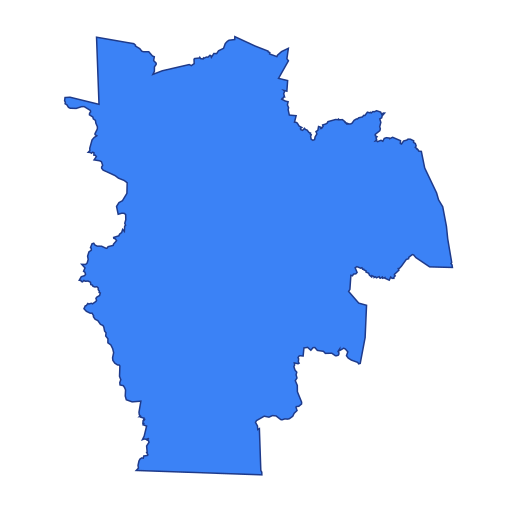 outline of Sain Alto, Zacatecas, Mexico, rotated 92°
{"feature_id": "50627088B33954526320841", "entity_name": "Sain Alto", "entity_type": "district", "adm_level": 2, "iso_a3": "MEX", "parent_name": "Mexico", "parent_adm1": "Zacatecas", "projection": "natural_earth1", "projection_center": [-103.264, 23.581], "detail": "fine", "context": "isolated", "style": "filled", "palette": "blue", "viewbox_px": 512, "rotation_deg": 92, "n_neighbors": 0, "source": "geoboundaries", "source_scale": "gbopen_adm2", "svg_char_len": 6085}
<svg xmlns="http://www.w3.org/2000/svg" viewBox="0 0 512 512"><g transform="rotate(92 256 256)"><path d="M42.9,423.0L109.9,418.2L103.8,447.4L104.3,452.4L107.6,452.7L108.8,451.9L110.5,452.1L111.4,450.4L114.0,448.6L114.8,446.9L114.8,440.9L112.8,435.4L112.7,432.9L116.3,426.6L117.8,426.3L119.1,427.3L120.7,427.4L122.8,423.9L124.6,423.4L126.1,421.2L128.8,420.7L132.4,419.0L134.6,419.0L139.4,421.2L140.3,421.1L141.4,419.3L143.2,421.9L145.7,423.9L154.1,425.9L156.4,425.7L158.2,427.3L158.3,425.2L159.0,424.0L158.0,423.0L158.4,421.6L160.9,421.5L160.8,420.3L162.2,419.0L165.6,421.2L166.3,415.6L167.1,413.8L170.7,412.4L172.5,413.4L173.7,413.3L175.5,411.8L180.6,399.6L183.0,396.2L185.1,390.4L187.3,387.3L197.9,387.2L205.4,391.4L207.4,394.8L211.3,397.1L219.1,395.2L217.9,391.5L218.0,389.1L219.2,387.7L224.3,387.4L227.9,388.3L229.8,387.4L230.8,388.3L236.0,388.4L234.1,390.2L237.2,391.1L238.9,393.1L240.6,393.8L242.4,398.9L243.3,398.7L243.9,397.0L245.5,395.9L249.1,398.8L250.4,399.1L251.8,404.1L253.5,405.3L253.5,406.2L251.6,410.7L251.7,415.0L250.7,417.3L248.9,418.6L249.5,420.3L253.5,421.7L254.0,420.9L256.0,420.8L257.7,423.1L262.0,424.3L265.3,423.6L268.9,424.5L270.4,426.0L270.4,429.9L273.9,426.5L277.3,427.8L278.1,426.5L280.2,425.7L281.6,426.6L282.8,429.9L286.4,431.8L286.6,430.1L287.6,429.6L287.9,428.5L286.4,427.1L287.2,425.9L286.9,423.0L288.0,420.5L290.3,420.1L290.9,418.4L292.0,417.9L292.6,415.9L292.2,414.1L293.5,412.5L295.2,412.5L296.6,411.3L297.9,411.5L298.4,410.3L300.9,410.9L302.7,413.7L303.9,414.5L305.9,413.8L307.0,414.4L309.5,417.7L309.0,418.9L309.8,421.4L309.3,422.4L311.4,423.8L311.8,424.9L314.7,426.1L317.2,423.6L318.9,419.8L318.9,417.8L321.5,416.2L322.4,416.4L324.8,414.6L326.1,411.8L329.7,409.1L330.8,406.5L332.4,405.6L336.3,404.7L338.0,403.2L341.2,403.4L343.9,401.1L347.9,401.0L349.9,398.0L353.6,396.0L357.6,394.9L362.7,395.8L365.3,395.4L368.0,393.4L369.7,390.6L369.8,388.8L370.7,388.2L381.0,388.2L384.3,386.8L387.2,387.7L389.6,387.4L390.2,384.1L392.2,382.7L394.4,381.7L400.5,381.8L404.2,380.6L406.1,374.7L405.1,366.0L416.2,367.5L418.7,367.1L419.8,366.1L420.6,366.9L420.5,365.6L421.1,365.6L422.0,362.2L423.3,362.5L423.3,361.7L424.5,362.4L424.6,363.1L427.2,363.2L427.3,362.3L428.6,363.0L429.8,359.4L440.0,361.5L443.5,363.1L442.8,361.4L443.0,359.2L442.0,356.7L443.8,358.3L444.3,357.1L445.8,356.4L449.7,358.7L456.1,357.9L456.2,358.4L458.4,357.1L459.1,357.4L459.8,361.2L462.0,361.6L461.8,363.2L462.9,364.8L464.9,365.8L469.3,366.6L472.1,366.1L474.5,368.2L474.5,242.5L471.8,242.7L470.2,243.7L428.4,246.6L429.4,248.2L425.8,248.6L422.3,250.7L420.5,249.8L415.8,242.2L416.6,237.4L414.9,234.0L415.1,230.4L418.6,225.6L418.8,224.3L417.8,221.5L417.9,218.6L417.4,216.9L414.9,213.7L411.9,212.4L409.0,209.6L406.0,210.7L405.1,210.5L404.7,208.0L402.3,205.3L400.5,205.3L390.2,209.9L383.9,210.2L379.2,212.4L376.5,210.8L373.3,211.8L370.7,211.2L368.7,213.0L365.3,214.3L363.6,213.6L361.5,214.0L362.2,210.2L361.6,209.2L360.4,210.0L357.2,209.8L356.2,210.5L354.8,209.8L354.1,208.7L354.3,205.4L346.2,204.9L345.5,201.2L348.3,197.9L345.6,195.8L345.4,194.0L348.2,191.4L348.9,185.3L350.9,183.3L350.5,176.9L352.9,173.2L352.9,172.2L352.3,170.4L351.6,169.9L350.0,169.7L348.5,170.7L345.9,169.1L347.6,169.1L345.1,165.1L345.9,163.4L348.6,160.9L352.5,162.1L354.8,160.3L356.7,157.1L358.8,150.6L360.2,149.7L359.7,148.1L333.7,144.1L301.4,143.8L299.5,151.7L288.2,162.2L286.1,161.0L272.0,160.5L272.4,158.9L270.7,157.9L270.3,155.6L268.9,154.4L264.3,156.5L263.1,154.8L264.5,151.0L264.0,149.8L265.5,149.0L265.4,147.9L266.1,147.7L267.0,145.5L268.2,145.5L269.3,142.8L271.1,142.0L272.9,139.7L271.6,139.5L272.6,137.2L273.3,137.2L272.6,135.8L273.6,134.9L272.3,132.2L273.8,131.4L273.8,130.8L272.6,129.0L273.8,128.6L273.0,126.4L273.7,126.4L275.5,122.0L272.3,120.6L273.6,119.3L273.5,117.5L272.8,117.7L271.0,116.2L270.1,117.1L269.4,116.9L265.2,112.7L263.6,113.4L263.4,112.3L261.1,110.3L254.2,105.7L253.4,103.4L251.9,103.2L249.1,99.8L249.4,98.5L252.0,96.2L260.8,82.1L260.6,59.3L258.0,59.8L256.8,60.9L255.6,60.2L232.2,65.0L219.8,66.7L200.3,71.1L193.5,75.5L186.7,77.7L162.1,90.5L145.7,94.4L145.5,97.0L144.0,97.9L143.8,98.8L143.1,98.8L141.9,100.6L140.4,99.8L138.0,100.7L137.0,102.5L135.4,102.4L133.9,105.7L133.9,108.2L134.9,109.3L135.9,112.5L139.0,114.5L138.5,115.7L135.7,115.6L132.6,123.6L134.1,126.5L133.5,126.8L133.2,129.8L134.0,131.9L136.9,133.3L136.0,135.1L137.5,138.5L136.5,139.6L136.8,140.6L135.4,139.5L133.7,140.2L132.6,139.2L131.7,140.9L130.3,141.1L126.4,136.6L124.5,136.2L122.5,136.9L118.1,135.9L114.7,137.1L113.5,135.2L111.5,134.8L108.7,132.5L108.7,133.8L110.2,135.2L107.8,136.5L106.6,140.6L107.7,142.7L107.6,144.2L109.0,145.9L108.4,146.6L108.9,147.4L108.4,149.7L111.8,152.1L111.7,153.3L113.3,154.5L114.3,158.2L115.5,159.4L115.5,160.4L117.0,162.7L120.0,164.7L120.7,166.0L121.0,169.8L120.6,170.2L120.2,169.4L119.4,171.7L118.8,171.6L116.7,174.4L117.0,178.0L116.3,178.3L116.9,179.0L116.8,181.2L119.2,188.8L120.6,189.4L121.7,191.0L122.7,194.0L124.1,193.5L126.2,194.9L126.3,195.6L125.3,194.9L124.4,198.0L128.3,198.6L129.5,200.4L131.9,199.4L134.9,201.1L137.6,201.5L138.4,203.2L137.3,205.0L134.4,205.6L132.9,205.0L132.1,206.1L131.3,205.8L130.6,207.5L128.4,209.3L127.8,211.1L126.7,212.0L128.8,213.8L128.1,215.8L127.0,216.0L126.0,214.7L124.6,217.5L121.7,219.4L121.0,220.7L120.9,222.2L114.4,220.8L114.0,227.6L108.6,229.0L106.7,228.6L103.9,229.9L100.7,229.3L100.2,231.9L98.4,235.8L97.6,235.3L97.8,234.7L96.1,233.9L96.1,233.0L92.8,234.0L90.4,233.1L89.5,234.1L90.2,230.9L79.6,230.5L77.7,239.7L59.8,230.4L57.8,232.0L47.3,230.9L50.8,237.6L54.5,241.5L56.0,242.1L53.6,249.5L52.2,249.3L51.5,251.0L50.8,251.1L46.2,264.2L37.5,284.8L40.4,284.8L41.3,290.5L42.5,292.2L44.7,294.1L49.6,295.7L52.2,300.6L55.1,302.4L55.1,305.2L59.0,307.5L57.4,308.1L57.0,309.0L59.0,311.0L58.9,312.5L60.2,315.0L59.9,315.4L60.9,315.7L60.7,318.2L59.4,319.1L60.1,319.4L60.8,324.2L61.5,324.8L65.9,324.5L68.0,327.3L67.0,329.4L74.1,356.0L78.1,365.4L75.0,364.0L70.5,364.1L68.1,362.5L66.8,362.5L64.3,365.1L60.4,364.6L59.7,366.5L55.6,370.3L55.8,375.6L55.3,377.3L52.8,379.4L50.4,383.8L49.5,383.8L48.1,385.5L42.9,423.0Z" fill="#3b82f6" stroke="#1e3a8a" stroke-width="1.5"/></g></svg>